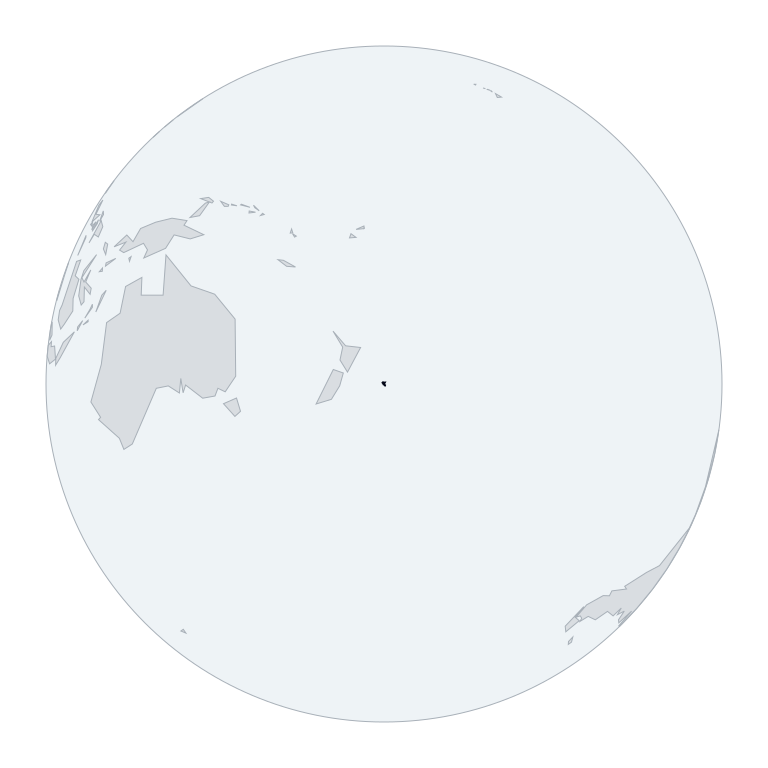 Chatham Islands Territory highlighted on a globe, orthographic projection
{"feature_id": "NZL-5470", "entity_name": "Chatham Islands Territory", "entity_type": "Special Island Authority", "adm_level": 1, "iso_a3": "NZL", "parent_name": "New Zealand", "parent_adm1": "", "projection": "orthographic", "projection_center": [-176.452, -44.022], "detail": "fine", "context": "on_globe", "style": "filled", "palette": "ink", "viewbox_px": 768, "rotation_deg": 0, "n_neighbors": 0, "source": "natural_earth", "source_scale": "10m", "svg_char_len": 5018}
<svg xmlns="http://www.w3.org/2000/svg" viewBox="0 0 768 768"><circle cx="384" cy="384" r="338" fill="#eef3f6" stroke="#a8b0b8"/><path d="M363.9,226.0L364.4,228.3L364.0,228.6L363.9,226.0ZM619.4,626.5L618.8,625.8L631.6,611.1L618.8,622.8L618.5,619.8L624.3,611.1L617.4,614.7L621.3,608.0L613.1,615.9L607.5,611.4L595.3,619.8L588.2,616.4L580.0,621.4L581.7,618.2L580.3,615.9L576.2,617.1L586.7,604.8L603.2,595.6L609.4,595.8L611.9,590.9L626.5,589.0L624.7,586.3L646.6,572.4L659.5,565.6L689.3,528.1L695.5,514.5L705.5,486.6L718.6,431.1L718.8,429.8L714.5,454.4L708.4,478.6L700.6,502.2L691.0,525.3L679.7,547.5L666.9,568.9L652.5,589.2L636.6,608.5L619.4,626.5ZM497.3,97.5L495.5,93.6L501.5,97.1L497.3,97.5ZM491.1,90.7L492.4,92.1L490.6,90.8L491.1,90.7ZM487.6,89.3L490.1,90.3L487.3,89.5L487.6,89.3ZM483.0,88.0L485.4,88.6L485.2,88.6L483.0,88.0ZM475.6,85.0L473.7,84.2L475.9,84.3L475.6,85.0ZM565.2,626.2L583.8,606.6L575.2,617.2L579.2,620.7L565.8,631.8L565.2,626.2ZM572.8,637.0L571.5,642.1L568.3,644.4L568.5,641.5L572.8,637.0ZM68.6,262.7L67.7,265.4L65.3,272.8L56.7,300.9L57.8,295.9L57.5,297.0L68.6,262.7ZM51.8,322.1L52.2,322.4L52.0,335.0L49.6,340.3L50.4,330.1L51.8,322.1ZM180.9,631.0L183.3,629.3L185.9,633.1L180.9,631.0ZM83.0,324.9L88.1,320.2L88.1,321.7L83.0,324.9ZM77.6,327.0L82.7,320.6L77.2,330.8L77.6,327.0ZM84.8,318.1L90.1,309.1L92.4,304.2L92.4,307.3L84.8,318.1ZM74.4,331.8L60.2,357.7L55.6,365.2L55.8,358.4L63.3,342.3L74.4,331.8ZM48.3,345.3L51.5,341.6L51.1,346.7L54.6,346.0L55.5,359.1L49.6,363.8L47.2,356.2L48.3,345.3ZM73.1,298.5L72.8,311.0L64.2,324.3L60.7,329.1L58.2,319.9L59.6,310.4L62.1,305.1L76.6,261.4L80.7,260.0L75.2,275.8L78.9,279.3L73.1,298.5ZM85.8,237.8L77.7,255.5L86.1,235.3L85.8,237.8ZM92.8,221.6L91.6,225.9L90.6,224.5L92.8,221.6ZM114.1,180.7L108.0,189.5L105.3,193.5L106.9,190.6L114.1,180.7ZM333.3,369.5L343.3,373.0L339.7,385.8L331.4,399.3L316.1,404.0L333.3,369.5ZM234.9,416.4L223.5,403.7L236.5,398.0L240.5,411.3L234.9,416.4ZM340.0,360.0L342.7,347.1L333.0,331.1L345.6,345.8L360.6,347.5L347.5,372.1L340.0,360.0ZM156.3,388.3L132.3,444.0L123.9,449.4L119.4,438.3L98.5,419.6L100.6,417.3L90.9,402.0L101.3,364.4L106.6,322.6L120.1,313.2L125.6,286.5L141.9,277.4L141.2,295.2L163.1,295.2L166.0,254.9L191.0,285.9L214.7,294.2L235.1,319.1L235.7,376.2L225.2,391.8L217.9,388.3L215.0,396.0L202.7,398.2L185.6,385.0L183.1,392.8L180.8,378.4L179.4,393.0L168.3,385.9L156.3,388.3ZM278.0,259.7L283.4,260.3L295.5,267.0L286.6,266.3L278.0,259.7ZM351.0,233.7L356.0,237.4L349.5,237.9L351.0,233.7ZM364.0,228.6L356.1,229.4L363.9,226.0L364.0,228.6ZM292.6,233.8L296.3,236.1L294.6,237.1L292.6,233.8ZM290.2,233.1L291.6,229.0L292.8,232.9L290.2,233.1ZM260.5,215.5L262.6,213.3L264.2,214.5L260.5,215.5ZM95.8,312.0L101.8,295.2L106.2,290.3L95.8,312.0ZM255.5,212.2L249.0,213.0L249.2,211.0L255.5,212.2ZM254.8,207.7L253.5,205.2L259.2,210.8L254.8,207.7ZM241.4,204.2L250.0,207.3L240.6,204.9L241.4,204.2ZM237.0,205.8L231.4,205.0L231.6,204.1L237.0,205.8ZM184.0,225.2L203.8,234.7L190.2,238.9L174.1,234.9L165.6,248.3L143.8,258.0L147.5,249.9L143.5,243.3L123.7,252.6L119.6,250.1L125.9,242.1L114.1,246.8L126.8,235.0L133.0,241.7L140.6,228.5L155.7,222.2L172.0,218.2L187.0,220.6L184.0,225.2ZM128.8,258.2L131.1,256.6L129.5,261.3L128.8,258.2ZM220.7,201.3L228.8,204.8L228.2,206.3L224.4,206.4L220.7,201.3ZM190.0,217.5L205.4,203.1L209.4,202.0L199.6,215.7L190.0,217.5ZM200.7,198.6L208.7,197.4L213.5,201.2L212.0,203.0L200.7,198.6ZM102.5,268.0L102.3,271.3L99.3,271.7L102.5,268.0ZM106.1,262.9L115.8,258.4L105.5,266.1L106.1,262.9ZM81.9,277.7L84.0,282.0L90.8,269.9L85.7,282.0L91.2,288.2L90.1,294.3L84.4,287.1L84.0,301.7L81.2,305.0L78.7,295.9L81.0,279.4L83.9,270.6L96.6,254.6L81.9,277.7ZM105.7,254.6L103.4,248.9L105.3,242.3L107.7,244.1L105.7,254.6ZM98.3,237.0L94.3,234.3L89.0,242.9L101.2,220.6L102.8,226.7L98.3,237.0ZM97.3,223.6L92.2,231.4L98.5,219.7L97.3,223.6ZM91.8,229.9L93.0,224.9L96.1,221.7L91.8,229.9ZM99.6,221.3L103.3,210.9L103.5,214.5L99.6,221.3ZM95.9,214.3L99.9,214.8L91.9,222.0L98.9,205.2L102.9,200.0L95.9,214.3ZM172.8,120.2L173.2,119.9L169.5,122.9L164.5,127.1L165.9,125.9L172.8,120.2ZM159.7,131.3L153.2,137.3L153.7,136.7L159.7,131.3ZM202.9,98.7L194.5,104.4L177.0,116.9L202.9,98.7Z" fill="#d9dde1" stroke="#a8b0b8" stroke-width="1"/><path d="M384.3,383.3L384.2,383.3L384.2,383.1L384.3,382.8L384.4,382.7L384.2,382.4L383.7,382.4L383.7,382.6L384.1,382.7L383.8,383.0L383.9,383.3L384.0,383.3L384.0,383.5L384.3,383.6L384.3,383.8L384.5,384.0L384.3,384.2L384.2,384.2L384.1,384.3L383.8,384.5L383.7,384.6L383.4,384.6L383.3,384.4L383.2,384.1L383.1,383.9L383.5,383.7L383.7,383.4L383.5,382.9L383.4,382.8L383.3,382.7L383.2,382.7L383.0,382.8L382.9,382.9L382.7,382.8L382.4,382.9L382.3,382.7L382.5,382.6L382.6,382.4L382.7,382.5L382.8,382.5L383.2,382.5L383.3,382.4L383.3,382.2L383.5,382.1L383.8,382.2L384.1,382.3L384.3,382.4L385.2,382.3L385.1,382.5L384.9,382.4L384.7,382.5L384.3,383.1L384.3,383.3ZM385.3,385.3L385.3,385.5L385.2,385.6L385.1,385.8L384.9,385.7L385.0,385.6L385.0,385.4L384.9,385.3L385.0,385.2L385.3,385.2L385.3,385.3L385.3,385.3Z" fill="#0f172a" stroke="#020617" stroke-width="1.5"/></svg>